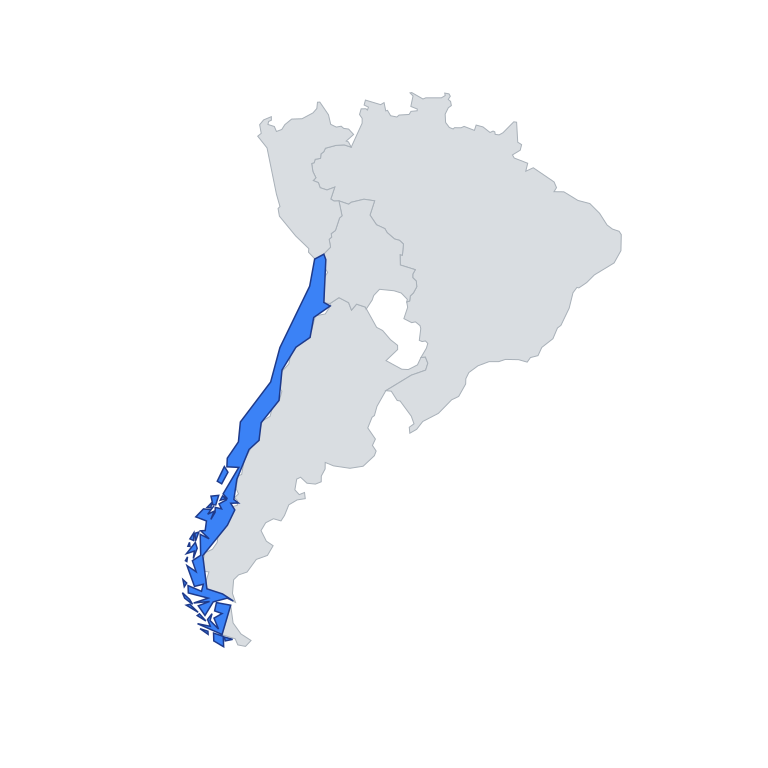 map of Chile with Argentina, Brazil, Bolivia and Peru greyed out, rotated 16°
{"feature_id": "CHL", "entity_name": "Chile", "entity_type": "country or territory", "adm_level": 0, "iso_a3": "CHL", "parent_name": "South America", "parent_adm1": "", "projection": "mercator", "projection_center": [-72.304, -36.699], "detail": "medium", "context": "with_neighbors", "style": "filled", "palette": "blue", "viewbox_px": 768, "rotation_deg": 16, "n_neighbors": 4, "source": "natural_earth", "source_scale": "50m", "svg_char_len": 6961}
<svg xmlns="http://www.w3.org/2000/svg" viewBox="0 0 768 768"><g transform="rotate(16 384 384)"><path d="M297.5,638.7L304.8,655.3L315.4,663.7L326.9,667.2L323.2,674.4L315.4,675.1L311.2,670.0L297.5,669.6L297.5,638.7ZM387.6,389.9L383.4,407.4L383.5,417.0L381.7,419.2L380.5,430.7L390.9,439.3L389.8,446.2L394.9,450.6L394.5,455.6L386.6,468.8L374.5,474.4L358.1,476.6L349.1,475.6L350.8,481.9L349.1,489.8L350.6,495.3L345.7,499.1L337.3,500.6L329.5,496.6L326.3,499.5L327.5,510.3L333.0,513.7L337.5,510.2L339.9,515.9L332.4,519.4L325.8,526.4L324.6,537.8L322.7,544.0L314.9,544.0L308.5,550.0L306.2,558.8L314.2,567.5L322.0,570.0L319.2,580.9L309.6,587.8L304.2,602.5L296.8,607.6L293.4,613.6L296.1,627.2L301.5,634.9L270.7,630.3L267.3,622.6L267.5,612.9L262.0,613.7L259.1,609.0L258.4,595.6L264.7,590.1L267.3,582.2L266.3,576.0L270.7,565.7L273.7,550.1L272.8,543.2L276.4,541.1L275.5,536.7L271.7,534.4L274.4,529.7L270.7,525.4L268.8,512.5L272.1,510.3L270.7,496.9L274.8,476.5L279.7,472.7L277.2,462.5L277.2,453.1L283.4,446.5L283.2,438.1L287.9,428.4L287.9,419.3L285.8,417.5L282.0,400.8L287.0,391.0L286.2,381.9L289.2,373.4L294.5,364.7L300.3,359.0L297.9,355.4L299.6,352.4L299.3,337.3L308.2,332.9L311.0,323.6L310.0,321.4L316.9,313.4L327.6,315.6L332.4,322.0L335.6,314.8L344.9,315.2L361.3,331.6L368.0,333.0L378.0,339.6L386.4,343.1L387.6,347.1L379.5,361.0L397.0,364.9L403.4,363.4L410.9,356.4L412.2,348.4L416.3,346.6L420.4,351.9L420.2,359.2L407.8,368.0L387.6,389.9Z" fill="#d9dde1" stroke="#a8b0b8" stroke-width="1"/><path d="M422.4,424.2L420.2,418.6L423.8,414.0L419.1,407.4L404.2,395.9L401.2,396.2L393.0,388.9L387.6,389.9L407.8,368.0L420.2,359.2L420.4,351.9L416.3,346.6L412.2,348.4L414.9,337.8L414.9,332.9L412.0,331.2L408.9,332.7L405.9,332.3L404.1,320.7L402.6,318.0L397.1,315.6L393.7,317.4L385.1,315.7L385.6,303.7L383.2,298.9L385.8,297.1L385.0,292.1L387.2,288.3L388.7,281.5L386.7,276.2L382.3,273.8L381.4,270.4L382.6,265.5L366.9,265.1L363.8,255.2L366.2,255.1L364.1,244.1L359.3,241.6L354.2,241.7L345.3,237.6L342.0,234.4L332.9,233.0L324.0,225.5L324.5,210.5L313.8,211.9L302.3,218.4L300.5,220.9L290.2,220.4L285.6,221.9L281.9,220.9L282.4,208.3L275.7,213.2L268.5,212.9L265.4,208.5L259.9,208.0L261.7,204.5L257.1,199.4L253.7,192.0L255.9,190.5L255.9,187.0L260.8,184.6L260.0,180.2L262.1,177.3L262.7,173.5L272.0,167.9L279.9,165.1L287.2,165.4L291.1,139.4L289.8,134.7L286.2,131.7L286.2,125.8L290.8,124.4L292.5,125.3L292.8,122.2L288.0,121.3L287.9,116.2L303.8,116.4L306.5,113.5L310.4,121.0L311.9,120.0L316.4,124.3L322.8,123.8L324.4,121.3L333.8,118.0L334.8,114.5L340.6,112.2L340.2,110.5L333.3,109.8L332.5,99.1L328.8,97.0L330.3,96.2L342.9,99.3L345.3,97.4L360.3,93.1L363.3,89.9L362.2,87.6L366.5,87.2L368.4,89.1L367.3,92.7L370.1,94.0L372.0,97.8L369.7,100.7L368.4,107.7L371.1,115.6L376.1,119.4L380.2,119.8L381.1,118.2L387.4,116.5L390.0,114.3L401.0,115.3L401.2,109.7L408.3,109.6L416.6,113.0L419.1,110.8L421.0,111.1L422.1,113.4L426.0,112.8L429.1,109.7L436.5,96.2L439.3,95.8L445.9,114.7L450.3,116.0L450.5,121.7L444.3,128.4L446.9,130.9L461.3,132.2L461.6,140.4L467.9,135.0L491.8,142.9L495.7,147.7L494.4,152.3L503.9,149.7L519.8,154.1L532.1,153.8L544.2,160.5L554.6,169.7L560.9,172.1L567.9,172.4L570.9,175.0L575.0,190.5L571.8,204.2L556.1,221.2L550.9,230.6L544.8,237.9L542.8,238.0L540.5,244.2L541.1,260.1L537.9,278.9L535.3,282.3L533.9,293.9L525.6,305.3L524.2,314.3L517.5,318.2L515.6,323.5L506.7,323.5L493.9,326.9L488.1,330.9L478.9,333.5L469.3,340.6L462.4,349.6L461.2,356.4L462.5,361.5L459.2,375.4L453.4,380.5L444.4,397.2L431.6,409.3L427.9,418.5L422.4,424.2Z" fill="#d9dde1" stroke="#a8b0b8" stroke-width="1"/><path d="M290.2,220.4L300.5,220.9L302.3,218.4L313.8,211.9L324.5,210.5L324.0,225.5L332.9,233.0L342.0,234.4L345.3,237.6L354.2,241.7L359.3,241.6L364.1,244.1L366.2,255.1L363.8,255.2L366.9,265.1L382.6,265.5L381.4,270.4L382.3,273.8L386.7,276.2L388.7,281.5L387.2,288.3L385.0,292.1L385.8,297.1L383.2,298.9L383.1,296.2L375.5,291.8L367.9,291.6L353.6,294.2L349.7,301.8L349.5,306.5L346.2,317.1L344.9,315.2L335.6,314.8L332.4,322.0L327.6,315.6L316.9,313.4L310.0,321.4L304.1,322.6L300.9,310.4L296.5,300.6L299.1,292.2L294.8,288.5L293.7,282.3L289.7,276.4L294.9,267.2L291.4,260.0L293.2,257.2L291.8,254.0L295.0,249.8L295.5,236.7L297.3,233.9L290.2,220.4Z" fill="#d9dde1" stroke="#a8b0b8" stroke-width="1"/><path d="M287.2,165.4L279.9,165.1L272.0,167.9L262.7,173.5L262.1,177.3L260.0,180.2L260.8,184.6L255.9,187.0L255.9,190.5L253.7,192.0L257.1,199.4L261.7,204.5L259.9,208.0L265.4,208.5L268.5,212.9L275.7,213.2L282.4,208.3L281.9,220.9L285.6,221.9L290.2,220.4L297.3,233.9L295.5,236.7L295.0,249.8L291.8,254.0L293.2,257.2L291.4,260.0L294.9,267.2L287.5,280.8L283.3,283.0L275.1,278.1L274.4,274.6L258.2,266.0L237.2,251.5L233.8,244.5L235.1,242.1L228.2,231.0L206.5,189.3L194.3,180.6L196.9,176.9L193.0,169.0L195.5,163.3L202.0,158.1L203.0,161.5L200.7,163.5L200.9,166.5L207.6,166.7L211.0,170.9L215.6,167.5L217.2,162.0L222.2,154.8L232.1,151.6L241.0,143.0L243.5,137.7L242.4,131.5L244.6,130.7L256.4,140.5L261.2,149.1L267.3,150.2L271.8,148.0L274.8,149.4L279.7,148.7L286.0,152.5L280.7,160.9L283.1,161.1L287.2,165.4Z" fill="#d9dde1" stroke="#a8b0b8" stroke-width="1"/><path d="M282.9,283.0L290.4,275.8L293.8,280.5L303.7,322.2L310.8,323.8L298.1,339.4L300.1,359.6L289.2,372.9L282.1,398.7L287.6,428.7L276.6,455.0L279.4,472.6L272.3,484.1L268.8,516.1L271.5,536.4L276.9,538.5L269.5,540.9L275.3,546.2L272.4,562.9L257.1,598.9L270.2,629.7L286.7,630.3L299.0,634.1L292.6,632.9L279.9,640.5L275.7,655.8L266.6,648.4L276.3,641.1L261.4,647.0L274.0,638.3L253.5,638.8L251.2,631.8L265.7,633.6L265.5,626.3L257.6,630.8L244.7,612.9L255.2,616.3L248.5,606.7L255.0,599.2L248.8,579.2L258.6,581.0L248.3,575.6L252.5,574.2L251.1,564.6L239.7,563.6L244.9,553.8L252.3,552.5L254.0,548.2L250.4,557.8L255.8,553.0L254.9,561.9L257.0,554.0L255.8,549.1L262.3,548.8L258.5,544.7L264.4,538.9L264.6,537.1L259.6,534.0L267.4,504.2L255.8,506.9L253.8,498.5L260.0,479.8L256.4,460.1L274.5,413.3L273.9,377.7L285.6,310.4L282.9,283.0ZM297.6,638.9L297.4,669.4L270.8,665.8L283.8,664.8L279.3,659.0L282.0,652.2L282.0,659.3L292.5,665.2L285.1,655.9L291.6,649.3L283.7,648.8L283.2,640.3L297.6,638.9ZM255.5,524.7L250.5,523.4L253.3,507.4L258.3,511.8L255.5,524.7ZM249.7,593.4L248.8,604.3L247.7,596.9L240.9,601.5L246.3,588.3L249.7,593.4ZM288.8,670.4L299.0,670.9L302.3,680.8L291.2,677.9L288.8,670.4ZM255.8,536.6L255.6,546.6L252.8,547.3L248.6,539.5L255.8,536.6ZM258.1,649.3L268.3,654.7L254.9,651.1L258.1,649.3ZM270.0,655.8L278.1,660.9L268.3,658.1L270.0,655.8ZM308.9,671.2L302.2,674.7L300.3,671.2L308.9,671.2ZM246.8,577.4L246.1,586.9L243.4,579.6L246.8,577.4ZM244.1,586.9L240.1,586.4L242.2,579.5L244.1,586.9ZM263.6,537.9L258.6,540.9L259.7,536.1L263.6,537.9ZM244.6,627.4L249.2,629.7L247.9,633.9L244.6,627.4ZM247.8,640.2L256.5,644.6L260.7,648.5L251.4,644.8L247.8,640.2ZM251.7,550.7L248.0,551.3L251.1,545.5L251.7,550.7ZM274.6,669.9L282.9,670.2L283.9,673.1L274.6,669.9ZM240.7,589.8L242.2,593.6L240.2,594.0L240.7,589.8ZM242.8,604.3L243.4,609.0L241.8,608.6L242.8,604.3Z" fill="#3b82f6" stroke="#1e3a8a" stroke-width="1.5"/></g></svg>